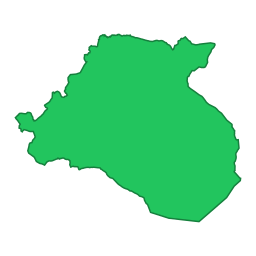 outline of Alkaleri, Bauchi, Nigeria
{"feature_id": "59680162B61092998371306", "entity_name": "Alkaleri", "entity_type": "district", "adm_level": 2, "iso_a3": "NGA", "parent_name": "Nigeria", "parent_adm1": "Bauchi", "projection": "natural_earth1", "projection_center": [10.354, 9.865], "detail": "fine", "context": "isolated", "style": "filled", "palette": "green", "viewbox_px": 256, "rotation_deg": 0, "n_neighbors": 0, "source": "geoboundaries", "source_scale": "gbopen_adm2", "svg_char_len": 5521}
<svg xmlns="http://www.w3.org/2000/svg" viewBox="0 0 256 256"><path d="M234.2,186.1L240.3,180.6L240.6,178.3L239.7,178.0L235.7,173.4L234.3,172.0L234.2,171.3L235.0,170.5L234.9,169.6L235.0,165.9L234.4,164.2L234.2,162.4L235.2,161.2L235.7,159.6L236.1,158.0L236.1,156.4L235.8,154.8L235.9,153.2L237.1,151.3L237.7,150.0L238.4,149.3L238.5,148.8L239.0,148.2L238.2,139.7L236.8,139.9L236.0,139.4L235.1,137.3L234.7,136.3L234.4,134.8L234.6,133.0L234.4,132.4L234.7,130.9L234.5,130.4L233.9,130.0L233.4,128.9L231.9,126.8L232.1,126.3L232.0,125.0L232.0,124.5L231.8,124.2L226.8,120.2L221.5,113.2L218.5,111.1L216.7,109.0L215.1,107.6L208.8,104.4L206.4,102.3L204.6,99.7L203.0,97.6L201.8,96.3L199.2,94.9L194.6,91.5L190.1,88.4L188.1,86.5L188.0,83.5L187.7,83.2L187.0,80.6L187.2,80.1L187.3,77.8L187.8,76.5L188.8,76.4L189.8,74.1L192.1,70.6L194.2,70.8L199.1,66.9L201.4,67.5L204.1,67.5L205.4,66.8L207.6,62.4L207.3,59.7L207.8,57.1L208.6,55.5L210.9,51.9L211.6,49.5L213.8,47.4L215.0,44.9L214.6,43.7L210.6,42.9L199.4,44.2L199.3,44.4L195.8,44.9L191.6,43.8L190.0,41.2L188.7,40.7L185.3,36.9L182.9,38.6L181.5,38.4L180.9,38.8L180.2,40.2L178.3,40.9L178.1,41.3L178.2,43.7L175.9,45.4L175.5,45.3L174.9,45.4L173.5,49.4L172.7,49.8L171.2,47.7L170.7,46.5L169.5,45.2L167.2,44.2L167.2,43.9L167.0,43.6L166.6,43.3L166.2,42.7L165.8,42.7L165.3,42.4L164.7,42.4L164.4,42.0L163.5,41.3L162.7,40.9L161.8,40.6L160.9,40.6L158.9,41.0L157.6,40.5L156.2,40.4L152.5,41.5L149.8,41.3L148.7,40.9L147.4,40.7L146.9,40.5L145.8,40.3L142.2,39.2L141.1,39.0L139.9,38.6L137.5,37.9L136.1,37.7L135.5,37.8L135.2,37.8L134.8,37.4L134.3,37.2L133.8,37.1L133.2,36.9L132.9,36.6L132.4,36.6L131.6,36.6L130.4,35.6L130.1,35.1L129.9,35.3L129.9,35.6L129.8,35.8L129.7,35.8L129.3,35.6L129.0,35.5L128.8,35.5L128.3,35.4L128.0,35.4L127.8,35.3L127.0,35.6L126.8,35.3L126.7,35.2L126.3,35.3L126.2,35.4L126.1,35.5L125.7,35.7L124.9,35.5L124.5,35.7L124.1,35.4L123.6,35.4L122.1,36.1L121.6,36.0L121.2,35.5L120.3,35.4L120.2,35.3L120.0,34.9L119.6,34.6L119.1,34.5L119.0,34.4L118.8,34.4L118.5,34.4L118.3,34.6L118.0,34.5L117.6,34.6L117.5,34.8L117.4,35.1L116.6,35.1L116.4,35.2L116.2,35.2L116.0,35.4L115.8,35.4L115.3,35.4L115.0,35.2L114.4,35.1L114.1,35.4L113.6,35.4L113.4,35.2L113.2,35.0L113.0,34.9L112.7,35.0L112.4,35.2L112.0,35.3L111.8,35.2L111.6,35.3L111.5,35.5L111.2,35.7L111.1,36.2L110.7,36.2L110.4,36.3L110.5,36.7L110.4,36.9L110.3,37.0L109.9,36.7L109.4,36.6L109.2,36.9L109.0,37.0L108.0,37.5L108.0,37.4L108.0,37.2L107.8,37.2L107.7,37.0L107.6,36.9L106.8,37.1L106.6,36.6L106.3,36.4L106.1,36.2L105.8,36.2L105.5,36.1L105.5,35.8L105.4,35.8L105.3,35.5L105.2,35.2L104.7,35.0L104.4,35.4L104.4,35.0L104.2,35.1L103.8,34.9L103.6,35.0L103.0,34.9L102.7,35.1L102.4,35.0L102.2,35.3L102.0,35.5L101.6,35.6L101.3,35.8L101.0,35.9L100.5,35.9L100.3,36.2L100.0,36.5L99.7,36.9L99.5,37.4L99.4,37.9L99.4,39.4L99.0,39.6L98.6,39.6L98.7,40.7L97.8,44.2L97.4,46.5L96.5,46.8L95.1,46.2L92.1,46.2L91.3,45.7L89.2,47.4L89.3,48.4L88.9,49.9L90.2,51.2L89.8,52.8L88.7,52.8L87.4,54.9L86.3,54.5L84.6,54.8L84.5,56.5L84.2,57.7L84.3,59.1L85.7,61.6L86.7,61.9L84.3,65.1L82.7,68.2L81.1,71.1L80.4,72.4L79.4,73.1L78.7,73.2L77.8,73.5L76.8,73.9L75.9,74.1L70.4,74.6L68.1,77.6L68.1,78.4L68.0,79.1L68.4,81.6L68.9,82.2L67.8,84.4L66.9,85.8L65.8,87.2L65.4,88.1L65.7,89.2L65.0,90.0L64.6,90.7L64.6,91.7L65.6,92.5L65.6,93.1L66.5,93.6L66.8,94.4L67.3,95.1L66.0,96.3L65.1,96.3L64.6,96.5L64.1,97.3L63.3,97.3L61.7,96.9L60.8,95.5L60.5,94.3L60.0,93.5L59.5,92.5L58.3,91.7L57.5,91.3L56.2,91.7L54.9,92.7L54.5,93.2L53.8,92.6L53.7,92.3L53.4,92.4L53.1,92.2L52.4,92.8L52.4,94.9L52.1,98.1L51.0,99.4L49.7,101.6L48.5,102.6L47.4,103.3L45.8,104.4L45.0,104.8L44.6,105.5L45.8,107.4L47.2,108.0L47.4,108.6L47.3,109.1L45.2,110.8L43.8,112.9L43.2,114.0L42.3,114.6L41.6,115.6L38.3,118.2L36.7,119.8L35.1,120.8L34.0,120.9L33.7,119.7L33.4,119.5L33.0,119.5L32.7,117.1L31.7,115.5L31.2,113.9L30.6,113.0L29.4,112.5L27.6,112.4L26.1,113.7L24.9,113.8L22.7,113.5L21.7,113.3L19.7,113.4L19.1,113.8L18.4,115.0L17.9,115.1L16.3,116.8L15.4,117.6L15.7,118.1L16.1,118.8L17.7,120.5L18.5,121.8L20.2,124.2L19.3,125.7L19.1,128.1L20.6,128.6L21.1,129.6L21.0,130.9L22.2,131.8L22.6,131.0L23.5,130.3L24.0,129.6L27.6,130.6L28.4,131.0L30.0,131.5L33.3,131.5L34.4,134.4L35.2,137.0L34.3,138.5L32.8,140.1L31.9,142.6L30.0,143.0L29.6,143.6L29.2,144.5L29.2,144.8L28.9,146.5L27.8,150.8L28.7,153.1L33.9,156.9L34.2,157.3L34.5,157.6L36.4,161.5L39.7,163.4L42.1,163.9L44.6,165.1L46.8,162.1L48.3,161.2L49.0,160.9L51.0,161.0L52.5,160.7L56.3,159.1L57.3,158.9L57.9,158.1L58.9,158.5L59.2,159.1L59.9,158.9L60.2,158.5L61.0,158.5L62.0,158.2L63.0,158.0L63.6,158.1L64.4,158.4L65.1,159.1L66.2,159.4L66.8,159.5L67.5,159.4L68.3,159.5L68.8,160.0L69.2,160.0L69.8,160.6L70.1,162.6L69.8,164.8L70.8,167.1L71.5,166.8L71.9,166.6L72.1,166.4L72.4,166.4L73.1,166.4L73.3,166.3L73.5,166.5L74.9,166.7L75.3,166.7L75.7,166.6L76.4,166.7L77.5,166.7L78.1,167.2L78.8,169.3L79.2,169.7L80.1,169.4L81.0,168.7L81.7,168.5L83.3,168.2L84.6,167.8L86.6,167.4L88.3,167.3L89.7,167.6L91.2,167.3L92.5,167.4L93.5,167.2L94.5,167.3L97.6,167.7L99.5,167.8L100.1,167.9L100.4,168.4L100.6,168.8L100.9,169.2L101.4,169.2L103.0,170.5L105.1,171.8L106.2,172.7L106.8,174.3L107.7,175.6L109.9,177.5L110.2,177.7L112.8,178.4L117.9,183.8L119.4,185.0L120.2,185.4L121.7,186.6L123.6,187.8L125.5,188.6L127.8,189.3L130.1,191.0L131.5,190.9L131.9,191.3L132.7,191.7L134.6,192.9L136.5,193.7L137.2,194.1L138.4,194.9L139.5,196.1L142.2,196.8L142.9,197.2L144.1,198.0L144.5,200.2L146.2,203.5L146.9,203.9L147.7,204.8L150.6,212.4L168.9,218.2L199.0,221.6L226.6,197.6L234.2,186.1Z" fill="#22c55e" stroke="#15803d" stroke-width="1.5"/></svg>